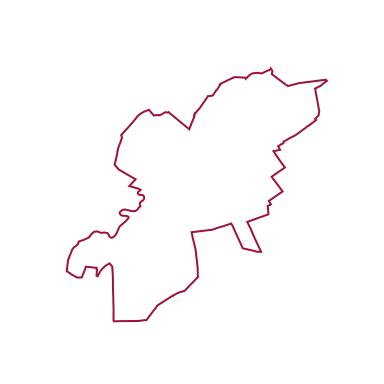 Rūjiena, Rujienas, Latvia, rotated 107°
{"feature_id": "27541924B56820774497213", "entity_name": "Rūjiena", "entity_type": "district", "adm_level": 2, "iso_a3": "LVA", "parent_name": "Latvia", "parent_adm1": "Rujienas", "projection": "mercator", "projection_center": [25.348, 57.894], "detail": "fine", "context": "isolated", "style": "outline", "palette": "rose", "viewbox_px": 384, "rotation_deg": 107, "n_neighbors": 0, "source": "geoboundaries", "source_scale": "gbopen_adm2", "svg_char_len": 5443}
<svg xmlns="http://www.w3.org/2000/svg" viewBox="0 0 384 384"><g transform="rotate(107 192 192)"><path d="M50.8,152.8L51.9,152.9L53.1,154.1L54.5,156.0L57.5,159.2L58.0,159.8L58.3,160.6L58.6,162.1L58.7,163.4L59.6,166.1L60.4,167.8L61.0,169.0L62.2,170.2L63.3,171.1L64.8,172.0L67.9,173.6L67.0,174.1L67.0,174.4L67.7,176.9L69.7,185.0L79.4,195.6L80.6,196.6L80.7,196.2L85.5,197.6L87.5,198.2L87.6,198.3L87.6,198.6L93.5,200.2L94.4,201.8L95.8,204.9L96.0,204.8L98.8,205.7L109.2,209.0L113.1,210.8L116.7,212.1L116.5,212.3L118.2,212.5L118.4,212.2L118.8,212.2L119.0,211.8L125.9,212.5L129.3,212.7L132.8,213.0L127.8,225.1L122.7,237.4L122.5,237.6L122.8,237.8L122.9,238.0L123.1,238.3L123.2,238.7L123.3,239.2L123.3,240.0L123.3,240.5L123.6,241.0L124.1,241.4L126.5,243.7L127.2,244.3L128.1,245.5L128.3,246.2L128.2,246.2L129.0,248.9L129.8,250.7L130.0,250.8L126.0,257.3L129.5,261.6L132.0,264.0L134.6,265.7L135.7,266.3L136.9,266.7L137.7,267.1L137.8,267.1L143.1,269.2L150.7,272.8L152.0,273.5L158.3,276.3L158.4,276.1L160.8,274.8L163.7,275.0L163.7,274.8L170.3,275.4L172.7,275.3L174.0,275.2L174.6,275.2L178.6,274.6L182.9,274.3L184.8,274.2L188.4,274.1L188.6,273.8L191.7,269.0L191.8,268.6L192.0,268.4L192.9,264.3L193.7,261.1L194.5,257.7L194.6,257.1L195.3,254.2L196.3,249.7L204.7,253.7L204.5,244.1L205.0,241.8L205.6,242.1L206.3,242.6L207.1,243.1L208.1,243.6L209.1,243.4L209.7,242.9L210.0,241.9L209.9,241.0L209.7,240.2L209.6,238.9L209.5,238.3L209.6,237.6L209.9,237.1L210.3,236.7L210.7,236.3L211.6,236.0L212.4,235.9L213.4,236.0L214.6,236.6L215.6,237.5L216.2,238.0L217.0,238.4L218.0,238.5L219.1,238.4L219.8,237.7L220.5,237.3L221.0,237.4L222.0,237.9L223.3,238.7L224.9,239.0L225.5,239.5L226.4,240.3L226.7,240.7L227.2,241.9L227.9,243.7L228.1,247.9L228.4,251.1L228.9,252.4L230.1,253.7L231.1,254.3L231.9,254.9L232.8,255.2L234.0,254.6L234.8,253.2L235.1,251.8L234.6,250.1L234.3,248.4L234.0,246.9L234.3,245.6L235.3,245.0L237.1,245.9L239.5,246.9L241.3,248.1L241.6,248.4L242.0,248.6L242.5,248.9L242.9,249.1L243.7,249.6L245.9,251.0L247.3,251.3L249.7,251.7L252.8,251.9L255.8,252.7L257.9,253.8L259.3,255.4L259.3,256.9L258.5,258.0L257.6,259.1L256.4,260.0L256.0,261.1L256.1,261.9L256.4,264.1L257.3,265.9L257.7,267.5L257.5,269.4L257.5,270.8L257.6,271.8L258.1,272.8L258.5,273.5L259.0,274.3L259.3,274.5L259.5,274.6L259.7,274.8L259.8,274.8L260.0,274.9L260.1,275.0L260.3,275.1L260.5,275.2L260.6,275.3L260.8,275.3L261.0,275.5L261.3,275.6L261.5,275.7L261.6,275.8L261.8,275.9L262.0,276.0L262.3,276.1L262.5,276.2L263.6,276.6L264.6,276.9L264.9,276.9L265.1,277.0L265.3,277.0L265.6,277.2L265.8,277.4L265.9,277.5L266.0,277.7L266.1,277.9L269.3,281.3L272.2,285.5L272.3,285.6L272.6,285.8L272.8,285.9L273.0,285.9L273.3,285.9L273.5,285.8L274.4,285.7L274.7,285.8L274.8,285.8L275.0,285.9L275.3,285.9L275.4,286.0L275.5,286.0L275.8,286.1L276.0,286.2L276.3,286.3L278.3,287.9L278.5,288.0L278.8,288.2L278.9,288.3L279.0,288.4L279.2,288.5L279.3,288.6L279.6,288.7L279.7,288.8L279.8,288.9L280.0,289.0L280.3,289.1L280.6,289.2L280.7,289.3L280.9,289.3L281.0,289.4L281.3,289.5L281.5,289.5L281.8,289.6L282.1,289.7L282.3,289.7L282.6,289.7L282.7,289.8L283.1,289.8L287.4,290.1L292.8,290.6L293.6,290.6L304.4,288.6L305.3,284.9L305.8,284.3L307.4,276.9L306.0,272.5L299.1,271.8L294.4,271.6L293.7,267.9L292.9,263.1L292.4,261.0L294.1,260.5L294.0,260.2L294.6,260.1L296.2,259.6L297.0,259.5L300.0,258.8L300.0,258.7L300.0,257.4L298.8,257.4L296.0,256.8L294.3,256.4L291.4,255.2L289.2,254.0L288.2,253.4L285.6,251.1L284.4,249.8L286.7,246.4L290.2,245.1L295.9,243.0L305.3,240.0L309.9,238.5L315.6,236.5L320.1,235.1L326.8,232.8L327.1,232.7L329.4,232.0L332.9,231.0L337.7,229.5L338.2,229.3L338.5,229.0L338.2,228.0L337.8,226.7L337.5,225.9L337.2,224.9L336.8,223.9L336.4,222.7L336.3,222.3L336.0,221.5L335.7,220.5L335.4,219.4L335.1,218.4L334.8,217.4L334.6,217.0L334.4,216.3L334.1,215.6L333.8,214.6L333.5,213.4L333.1,212.4L332.9,211.7L332.6,210.6L332.4,210.0L332.1,209.0L331.8,208.0L331.5,207.1L331.3,206.5L331.0,205.7L330.7,204.8L330.2,203.8L329.7,202.7L329.3,201.8L328.8,200.8L328.4,199.9L328.2,199.1L328.1,198.5L327.8,198.1L316.7,194.1L316.2,193.9L314.0,192.9L310.5,191.8L296.6,180.0L296.8,179.7L296.2,179.4L292.7,176.1L289.1,170.8L288.7,170.3L288.3,170.0L274.2,162.8L271.3,161.4L271.2,161.3L270.1,162.1L268.5,162.6L264.1,164.0L262.3,164.7L255.7,167.5L251.5,169.4L250.9,169.6L245.8,171.8L245.4,172.1L244.8,172.4L240.3,175.1L235.5,178.0L234.4,178.5L230.6,180.6L227.2,173.0L222.3,161.9L221.9,161.3L219.5,158.1L218.5,156.6L215.8,152.5L210.7,145.2L212.7,143.1L215.3,140.9L215.6,140.6L221.1,135.8L226.0,131.4L230.9,127.1L231.0,126.1L230.6,121.9L230.5,119.6L230.1,115.0L230.1,113.9L230.3,113.4L230.1,112.5L229.9,111.5L229.6,110.4L228.9,108.4L224.7,112.3L217.7,118.7L215.9,120.2L213.9,121.9L210.5,124.7L204.4,130.4L195.3,118.2L191.0,112.4L185.7,114.4L183.3,115.6L181.3,113.4L180.7,112.9L178.2,115.9L174.3,112.9L170.0,109.5L165.5,105.9L165.0,105.5L160.6,111.4L158.2,114.7L158.0,115.0L154.2,120.3L151.5,118.3L146.5,114.4L141.6,110.4L141.4,110.3L137.9,115.1L129.2,126.0L125.9,120.1L123.1,123.0L120.3,120.7L118.7,118.8L117.2,119.2L111.8,114.2L107.5,109.7L97.3,102.0L96.1,101.3L95.3,100.8L94.2,99.6L86.8,94.3L86.0,95.7L81.9,93.4L77.7,93.9L67.4,99.2L57.1,104.5L52.9,100.1L49.8,98.1L46.3,95.5L45.5,96.8L46.2,98.4L56.6,121.5L62.2,130.5L62.6,131.2L62.2,132.3L61.7,134.5L61.3,135.3L57.6,145.8L57.3,146.5L55.9,150.1L54.5,150.3L54.1,150.4L53.4,150.3L52.9,150.4L52.5,150.8L52.2,151.2L51.7,151.6L51.5,151.9L50.8,152.8Z" fill="none" stroke="#9f1239" stroke-width="2"/></g></svg>